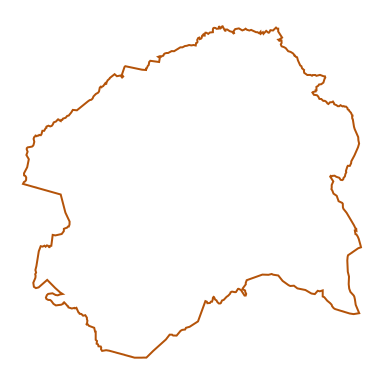 the district of Peribán, Michoacán, Mexico
{"feature_id": "50627088B26915402792387", "entity_name": "Peribán", "entity_type": "district", "adm_level": 2, "iso_a3": "MEX", "parent_name": "Mexico", "parent_adm1": "Michoacán", "projection": "equal_earth", "projection_center": [-102.46, 19.494], "detail": "fine", "context": "isolated", "style": "outline", "palette": "amber", "viewbox_px": 384, "rotation_deg": 0, "n_neighbors": 0, "source": "geoboundaries", "source_scale": "gbopen_adm2", "svg_char_len": 5799}
<svg xmlns="http://www.w3.org/2000/svg" viewBox="0 0 384 384"><path d="M67.0,305.6L68.0,306.2L68.4,307.4L71.8,308.5L74.5,307.9L75.0,308.4L76.4,307.8L78.5,312.5L79.2,312.8L79.6,313.8L81.4,314.0L83.1,315.7L85.3,315.2L86.9,317.7L86.9,319.2L87.4,320.6L87.0,323.4L86.5,324.2L86.8,324.6L87.8,324.4L88.9,325.8L94.2,327.8L95.1,331.7L95.7,331.7L95.7,339.8L97.0,341.0L96.6,343.7L98.0,344.4L98.5,346.3L100.7,346.5L101.2,347.5L101.0,349.2L102.1,350.9L106.1,350.2L109.2,350.7L134.7,357.7L146.4,357.6L153.1,351.0L165.9,339.5L169.6,334.7L172.1,334.7L173.1,335.5L176.6,335.6L180.6,330.8L182.2,329.9L185.1,329.5L186.0,327.8L189.6,326.8L198.0,321.4L205.4,301.1L206.8,301.7L207.4,303.2L209.9,303.0L210.9,301.7L212.0,301.7L212.7,299.7L212.9,297.8L213.6,296.9L214.1,297.2L215.1,299.5L216.6,300.5L217.1,301.7L218.7,303.4L220.0,303.5L220.8,303.1L222.0,300.5L223.7,299.9L226.6,296.8L228.2,295.7L230.1,293.7L230.6,292.3L232.0,291.6L235.1,292.2L236.0,292.0L238.0,288.9L238.7,288.8L241.0,290.1L244.5,295.5L245.7,295.5L246.2,293.9L245.2,291.8L245.1,290.5L242.8,289.3L242.6,288.6L245.8,284.3L245.7,283.0L246.7,280.2L262.4,274.6L268.5,274.8L271.7,274.0L273.2,274.7L278.3,275.5L282.6,280.9L288.6,285.2L290.3,286.0L293.9,285.7L297.4,288.4L305.4,290.0L311.4,293.5L314.8,294.1L317.7,290.8L319.8,291.3L322.7,290.4L322.7,296.5L324.3,297.2L327.2,300.7L330.1,303.1L331.6,304.7L332.1,306.2L333.7,308.2L335.2,309.1L349.7,313.5L353.6,314.1L359.2,313.2L355.7,304.8L354.9,299.3L354.3,296.7L353.7,295.5L350.4,291.9L349.2,288.6L348.7,284.1L349.0,276.6L347.8,271.8L347.3,260.5L347.6,257.0L348.0,255.3L358.3,248.2L361.0,247.3L360.6,245.6L358.7,238.8L357.7,236.5L356.4,234.4L355.5,234.2L354.8,230.4L355.4,230.2L356.4,230.7L356.2,228.7L355.5,228.5L354.0,225.3L346.6,212.8L343.4,208.8L342.9,207.3L342.8,203.8L342.2,202.9L338.6,201.2L336.7,195.8L333.5,193.6L332.3,190.5L331.4,189.1L331.7,188.0L331.7,185.0L333.3,181.4L330.2,176.6L330.7,175.9L331.6,176.5L332.2,175.9L334.6,175.7L336.3,176.8L339.3,177.8L340.6,179.8L342.2,180.1L343.2,179.4L343.5,178.0L344.9,176.4L345.4,174.0L346.3,172.2L345.9,171.1L347.3,166.7L347.8,165.8L349.8,165.9L351.1,163.3L351.3,161.3L354.4,155.5L358.0,147.3L359.1,143.6L358.4,140.3L358.2,137.1L354.7,129.1L354.0,126.8L352.8,119.2L352.3,118.7L352.1,116.6L352.5,116.2L352.5,115.6L352.2,115.6L351.0,112.8L349.2,110.8L348.9,110.0L347.7,109.4L347.4,108.0L346.0,106.6L344.4,106.6L343.8,106.1L342.5,106.4L340.5,105.2L339.2,106.2L337.8,106.2L336.5,105.2L334.2,104.2L333.9,103.0L333.0,101.7L332.7,102.1L330.0,102.3L328.4,104.0L327.5,103.5L326.2,101.7L324.7,100.8L323.3,100.9L321.3,99.0L319.4,98.9L318.2,96.5L316.9,95.2L313.9,94.8L312.4,92.5L313.0,92.0L315.7,91.4L315.6,90.3L316.5,90.2L316.4,86.9L318.3,85.7L319.0,84.5L321.3,84.2L323.4,82.6L324.5,79.0L325.3,77.6L324.9,76.3L323.7,76.3L320.0,74.9L316.4,75.8L315.3,75.0L312.5,75.1L312.0,75.7L310.4,74.9L307.3,75.0L304.2,72.8L303.9,70.9L304.1,70.0L302.1,68.4L301.4,66.2L300.2,65.4L297.9,60.3L297.1,57.3L295.8,56.8L295.1,55.8L294.6,55.9L294.2,55.3L294.4,55.0L292.9,53.3L290.6,51.9L288.2,51.2L285.7,48.1L283.9,47.1L281.8,46.4L281.3,45.8L280.8,44.3L281.6,43.0L281.5,40.6L280.9,40.6L280.7,39.6L280.2,39.6L279.7,40.7L279.3,40.8L278.3,39.7L279.3,39.5L282.1,37.6L278.2,31.5L278.2,28.7L277.1,28.7L276.0,27.6L273.0,30.5L270.4,30.2L269.2,32.5L268.4,32.7L266.2,30.9L263.5,33.8L262.9,32.2L260.8,33.7L260.5,31.8L259.2,33.3L257.5,32.2L256.1,32.2L251.1,29.9L249.4,30.5L247.0,29.8L245.6,28.7L244.4,29.6L242.3,30.4L238.9,28.4L235.2,29.1L233.5,31.3L234.1,33.1L233.5,33.4L232.2,31.9L229.8,31.2L227.2,29.5L225.6,29.5L225.4,30.7L224.9,30.6L222.6,26.3L222.0,26.5L221.6,27.4L220.4,28.5L219.9,28.4L219.9,27.1L219.4,26.7L218.9,26.8L218.6,28.6L216.6,28.8L215.5,28.0L214.1,27.8L213.4,28.1L212.9,29.1L212.9,32.2L209.9,32.5L208.2,33.9L206.5,32.8L205.4,32.7L204.7,34.1L204.7,35.6L203.6,35.6L203.2,34.6L202.0,36.0L201.7,37.8L201.1,38.6L199.8,39.1L199.3,37.6L198.2,38.0L197.2,40.0L197.5,41.8L197.2,42.6L196.1,43.1L195.7,45.5L193.7,45.0L191.3,45.4L189.1,45.0L186.8,45.8L185.0,46.0L182.5,47.3L180.4,47.3L174.1,51.2L171.6,51.1L168.1,53.0L166.5,53.0L164.8,53.5L164.1,54.0L163.3,55.7L162.4,55.8L161.3,56.7L160.5,56.8L160.3,56.2L159.9,56.2L158.2,56.8L159.8,57.9L159.1,62.0L150.3,60.8L149.2,62.0L148.7,65.0L147.8,65.9L146.6,68.6L146.0,68.6L146.0,70.0L142.0,69.7L125.3,66.2L124.5,67.0L121.9,74.7L123.2,76.5L122.1,77.5L120.5,75.5L116.9,76.2L114.6,74.2L109.8,78.0L109.6,78.6L107.6,80.4L106.4,82.8L106.3,83.8L105.9,84.0L105.3,83.2L103.2,86.1L101.7,86.8L101.5,87.2L100.7,86.7L99.8,87.6L99.0,91.5L98.1,92.7L95.8,94.0L93.5,96.4L92.6,98.5L91.4,99.7L89.7,100.1L88.0,101.3L76.9,110.3L72.8,109.9L71.3,112.4L68.7,115.6L67.2,115.9L65.6,117.8L63.0,118.6L62.3,119.9L61.2,119.9L60.8,121.1L59.3,120.3L58.5,119.4L57.9,119.4L56.0,121.5L53.7,122.4L52.8,124.5L51.7,125.9L50.2,126.4L48.5,125.7L46.6,126.5L46.3,126.9L46.4,127.8L45.5,128.4L44.2,130.8L42.4,130.8L41.4,134.4L40.8,135.2L39.2,134.9L38.6,135.6L37.2,135.7L36.7,136.2L35.5,135.6L35.0,136.5L34.1,137.2L33.6,138.9L34.3,141.8L33.5,145.0L32.9,145.9L32.0,146.6L27.6,147.4L26.8,148.2L26.7,149.3L27.6,151.7L26.4,155.0L28.8,159.2L27.2,167.2L24.0,173.3L24.1,175.4L25.3,175.9L26.2,177.4L26.1,180.0L25.2,181.3L23.9,182.1L23.0,183.9L60.7,194.5L65.4,212.6L69.6,221.6L69.5,224.6L68.8,226.5L68.0,226.5L67.1,227.6L63.9,228.8L63.8,231.2L61.7,234.0L55.4,235.4L52.7,234.9L51.3,245.8L50.0,245.9L49.6,247.1L49.1,247.1L47.9,245.7L46.9,245.4L45.6,246.7L44.5,245.7L42.6,246.6L40.7,246.2L38.8,251.2L36.4,266.1L35.4,270.0L36.1,272.6L35.2,274.2L35.6,275.8L35.4,277.8L33.3,282.8L33.9,286.8L35.9,288.1L38.6,287.4L47.2,279.9L55.2,288.0L60.1,292.4L62.6,294.0L60.1,294.4L57.8,295.3L55.6,295.0L52.5,293.3L48.2,293.9L46.9,295.1L45.9,297.6L46.4,298.9L48.2,299.9L50.1,300.0L51.3,300.9L53.5,303.9L55.9,305.4L61.3,304.7L63.2,303.7L63.4,302.8L64.1,302.3L66.6,304.9L67.0,305.6Z" fill="none" stroke="#b45309" stroke-width="2"/></svg>